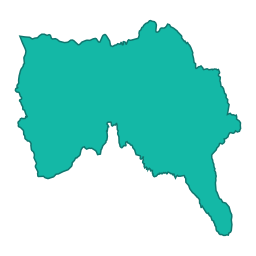 Port-Berge (Boriziny-Vaovao), Sofia, Madagascar (Equal Earth projection)
{"feature_id": "10022922B55197674782137", "entity_name": "Port-Berge (Boriziny-Vaovao)", "entity_type": "district", "adm_level": 2, "iso_a3": "MDG", "parent_name": "Madagascar", "parent_adm1": "Sofia", "projection": "equal_earth", "projection_center": [47.778, -15.801], "detail": "fine", "context": "isolated", "style": "filled", "palette": "teal", "viewbox_px": 256, "rotation_deg": 0, "n_neighbors": 0, "source": "geoboundaries", "source_scale": "gbopen_adm2", "svg_char_len": 5792}
<svg xmlns="http://www.w3.org/2000/svg" viewBox="0 0 256 256"><path d="M228.3,235.1L228.8,233.2L230.6,232.0L231.3,230.5L231.9,224.6L231.3,220.0L231.8,216.8L231.7,214.7L230.5,212.2L229.0,206.9L225.8,203.1L222.6,202.2L221.2,199.4L220.3,199.3L219.1,197.9L217.1,192.5L216.0,190.7L215.4,182.9L215.9,180.2L215.7,178.4L216.2,176.0L215.8,174.9L215.8,173.8L215.5,173.5L215.6,172.3L214.5,170.5L214.9,168.6L214.2,167.6L213.8,165.5L213.8,164.1L212.9,162.2L212.6,159.9L211.8,158.3L211.7,155.2L212.2,154.2L216.2,149.9L216.7,148.2L218.9,145.8L219.5,143.6L220.1,143.3L222.3,144.0L224.0,142.7L224.6,141.4L224.2,138.9L225.7,138.7L228.0,136.8L228.4,135.1L229.6,133.0L230.1,132.7L231.5,132.7L232.2,133.1L233.5,133.2L234.6,132.5L235.5,130.9L237.4,132.0L239.4,131.3L239.8,130.5L239.8,129.9L240.6,128.6L240.3,125.2L240.5,122.9L239.3,121.0L236.6,119.1L236.7,116.9L236.3,115.2L235.5,115.6L233.4,114.8L232.2,114.9L231.4,114.6L230.2,113.3L227.4,114.5L229.1,104.6L227.5,102.6L227.7,99.6L226.0,97.6L226.2,95.3L225.7,94.1L224.7,93.5L223.4,88.3L222.9,88.0L222.4,86.9L221.1,86.5L220.4,82.1L219.9,81.0L220.3,77.4L219.9,76.7L218.7,76.0L218.4,75.3L218.6,74.0L219.4,73.4L219.6,72.3L218.4,69.5L217.2,69.9L216.4,69.2L214.3,69.0L212.7,69.8L212.2,69.2L209.0,69.8L207.1,68.8L203.7,69.6L203.2,69.2L202.9,68.1L201.0,65.9L200.0,66.6L198.8,66.7L196.7,68.3L196.0,68.4L195.6,67.4L195.6,63.8L194.1,62.5L193.5,58.2L192.5,54.5L192.8,52.7L190.8,47.5L189.6,45.3L188.4,44.1L187.6,42.6L186.5,43.4L185.0,41.2L184.7,41.6L184.4,41.5L181.7,38.0L181.7,36.3L181.5,35.8L177.8,32.0L177.2,31.0L173.5,28.1L170.7,26.8L169.5,24.7L167.6,24.1L166.4,26.3L165.2,27.5L164.0,28.1L161.5,28.0L160.6,28.4L160.2,28.9L159.4,30.8L157.6,32.2L156.8,32.2L156.1,31.8L155.8,30.7L156.4,25.0L155.7,23.0L154.4,21.7L151.8,21.2L150.7,20.6L149.5,20.8L147.9,22.6L145.7,23.5L143.8,25.3L142.9,27.0L141.9,27.5L140.7,30.1L139.4,31.1L139.0,33.1L139.3,35.1L138.5,37.6L137.8,38.4L131.2,40.2L130.1,40.3L128.7,39.8L127.8,40.8L126.4,44.1L125.9,44.0L125.4,42.3L123.8,41.6L123.1,42.0L123.4,44.2L122.9,44.8L122.2,44.7L121.5,42.8L121.1,42.5L120.0,44.2L117.7,43.7L116.6,44.8L114.8,45.2L112.7,46.5L110.6,45.7L109.6,40.9L106.6,36.1L105.6,34.8L104.9,34.5L103.4,35.1L102.6,36.0L100.5,40.8L99.8,42.1L99.3,42.2L98.4,41.8L96.3,38.8L95.3,38.4L93.1,38.9L89.9,40.4L87.0,40.2L85.8,40.5L81.9,42.1L80.1,44.0L79.1,44.7L78.1,44.7L73.7,40.6L72.3,40.0L70.6,40.2L68.6,41.8L67.4,42.3L64.5,42.6L59.6,41.4L57.0,39.4L55.4,38.7L52.4,39.0L51.3,38.1L50.4,35.3L49.2,34.7L47.0,35.4L44.3,34.2L41.8,34.2L39.5,35.7L37.5,37.8L34.9,38.1L32.3,39.0L29.7,37.3L24.6,36.9L19.9,36.2L22.6,43.1L25.3,49.0L25.9,51.2L25.8,52.1L25.4,54.4L24.1,57.1L23.9,57.9L24.4,63.5L23.5,64.3L23.1,66.4L21.2,69.0L20.5,70.7L19.2,75.8L18.6,80.1L18.7,83.1L17.1,85.2L17.0,87.0L17.7,87.5L17.6,87.9L16.1,88.4L15.6,89.0L15.4,90.3L16.0,91.4L16.8,92.0L18.6,92.3L19.3,92.8L20.4,96.3L21.5,97.3L21.6,98.7L21.3,99.3L20.0,99.7L19.6,100.2L19.6,100.9L20.8,102.3L21.4,104.3L22.8,106.9L22.8,109.1L23.2,109.7L24.5,110.1L25.9,114.3L27.2,116.6L26.8,117.0L26.1,116.4L25.7,116.5L25.6,117.6L25.1,118.4L22.8,118.6L21.8,118.2L20.4,118.9L19.9,120.4L18.3,121.8L18.0,122.9L18.5,124.6L18.3,125.9L18.6,126.6L20.5,127.5L23.3,130.3L23.6,131.4L23.7,134.3L24.8,136.0L25.0,138.5L25.4,139.0L27.1,140.3L27.4,140.9L29.0,141.1L30.0,141.8L31.1,143.6L30.9,145.3L31.4,149.5L31.9,150.5L33.4,151.8L34.3,153.9L34.4,155.5L34.0,157.8L36.4,162.9L36.4,164.0L35.5,165.6L35.4,166.9L37.8,171.5L37.9,172.7L37.6,173.5L37.9,176.1L38.5,176.5L43.5,176.3L45.1,177.7L48.0,178.6L53.6,176.8L56.1,174.2L58.4,173.9L63.0,171.6L68.1,169.7L71.6,166.2L72.1,164.7L72.2,162.8L74.4,160.4L75.5,158.1L76.1,157.7L76.7,158.0L77.1,157.7L77.5,157.1L78.8,156.2L80.0,154.8L81.0,149.9L82.6,147.4L84.3,146.8L84.9,147.8L86.6,149.1L89.2,148.1L90.5,148.4L91.7,148.2L95.6,150.6L96.4,151.7L97.6,154.6L100.4,154.1L101.1,149.6L101.6,149.1L102.9,145.6L105.9,142.4L106.0,140.9L106.8,140.1L107.0,139.2L107.4,136.3L106.9,132.1L106.5,131.2L106.7,130.7L107.3,130.9L107.6,128.3L107.9,127.4L107.8,126.8L108.6,126.7L107.8,125.0L107.1,124.3L107.0,123.2L108.2,122.1L110.8,122.1L111.1,122.5L111.6,125.5L112.4,126.0L113.9,124.9L115.5,125.0L116.2,123.6L116.6,123.5L117.1,125.2L117.3,129.6L118.2,130.8L117.7,132.8L117.7,134.0L118.9,136.7L119.1,142.7L119.8,144.6L120.1,146.4L120.9,147.3L121.5,147.7L122.1,147.6L123.9,145.6L125.2,145.8L125.9,145.6L126.0,144.9L125.6,144.1L125.8,142.2L127.1,141.6L127.6,142.8L129.6,143.6L130.6,145.0L131.8,145.2L132.6,146.4L132.8,147.7L134.6,149.8L136.1,154.6L140.2,155.8L140.5,156.5L140.2,158.3L140.5,159.0L141.2,159.1L142.3,158.4L143.4,156.4L143.3,157.4L142.9,158.3L143.4,160.1L142.9,160.8L142.7,162.5L143.6,163.6L144.3,163.8L144.0,164.6L144.3,165.0L144.1,166.3L144.7,167.8L144.8,168.0L146.2,167.1L146.9,167.8L146.7,169.2L148.0,168.9L148.0,169.6L148.3,169.1L149.2,168.4L149.4,168.9L149.8,168.7L150.3,169.3L150.4,170.4L150.8,170.9L151.4,170.3L151.9,170.8L152.4,170.6L152.4,173.1L153.1,173.9L152.8,174.9L153.3,175.2L153.6,176.2L154.3,176.7L156.3,176.1L158.0,174.2L159.1,174.2L159.4,173.3L160.4,173.6L161.2,173.2L161.5,173.7L162.2,173.8L163.5,172.6L164.3,173.1L165.2,172.5L166.9,173.8L167.3,173.5L167.4,172.6L168.1,172.1L170.2,173.1L170.5,173.6L171.8,173.6L172.5,174.5L173.0,174.2L173.2,174.8L174.0,174.4L174.2,175.5L175.5,178.1L176.3,176.3L177.6,175.4L178.2,176.2L180.2,176.2L184.0,175.5L184.5,176.1L184.8,177.3L185.7,178.3L185.9,182.3L188.7,185.5L189.8,188.8L192.5,192.5L194.7,194.3L195.7,195.7L196.5,196.0L196.9,197.0L197.9,197.6L199.5,199.6L199.6,203.2L200.4,204.2L201.2,208.0L201.3,207.2L202.2,206.2L206.3,212.7L207.4,213.5L208.4,213.2L208.9,214.7L209.6,215.9L210.7,216.3L212.1,220.3L213.6,221.0L213.9,222.5L214.6,223.7L215.0,225.6L215.9,226.7L216.2,229.8L216.7,230.9L218.5,232.3L219.0,233.6L220.1,234.5L221.9,234.5L223.5,235.4L225.2,235.4L226.9,234.8L228.3,235.1Z" fill="#14b8a6" stroke="#0f766e" stroke-width="1.5"/></svg>